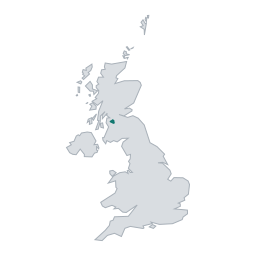 East Renfrewshire on a map of United Kingdom (orthographic projection)
{"feature_id": "GBR-2003", "entity_name": "East Renfrewshire", "entity_type": "Unitary District", "adm_level": 1, "iso_a3": "GBR", "parent_name": "United Kingdom", "parent_adm1": "", "projection": "orthographic", "projection_center": [-4.331, 55.752], "detail": "fine", "context": "in_parent", "style": "filled", "palette": "teal", "viewbox_px": 256, "rotation_deg": 0, "n_neighbors": 0, "source": "natural_earth", "source_scale": "10m", "svg_char_len": 3914}
<svg xmlns="http://www.w3.org/2000/svg" viewBox="0 0 256 256"><path d="M137.2,205.0L126.2,212.5L122.7,212.1L118.4,208.4L113.9,208.9L115.8,207.0L112.0,205.3L105.3,207.7L102.4,206.0L100.7,202.3L115.0,193.1L117.1,188.6L115.9,187.3L115.6,180.8L108.2,183.1L113.5,176.1L119.7,172.7L125.2,171.8L128.1,173.5L127.2,170.7L128.4,170.1L130.3,172.5L132.4,172.4L128.4,168.3L130.0,163.6L128.5,161.4L130.2,158.9L130.5,154.4L126.9,155.5L121.6,146.4L123.1,142.1L128.2,138.2L122.0,138.4L117.2,141.9L113.6,140.6L110.4,142.4L106.8,140.6L105.7,143.8L103.0,140.3L102.6,137.6L104.0,137.6L108.6,126.9L106.1,122.8L106.9,118.0L109.7,117.8L106.7,115.4L107.2,113.2L102.3,118.8L102.3,115.1L105.0,111.6L100.4,116.0L100.3,121.2L98.2,129.1L95.6,129.7L98.9,120.5L97.5,120.3L98.7,111.2L102.9,100.7L97.5,105.3L92.1,101.3L96.7,98.6L95.2,97.5L98.4,93.4L98.8,90.7L96.2,87.6L96.2,85.7L98.7,84.1L96.9,81.6L98.5,77.2L103.5,77.2L100.7,73.3L101.6,69.8L105.2,69.3L104.4,66.8L105.2,63.0L111.6,64.1L126.6,61.5L124.9,68.0L116.5,75.7L116.0,77.9L117.9,78.6L114.9,83.6L124.2,80.8L137.8,80.6L140.2,82.4L141.3,85.3L133.7,103.0L124.5,108.9L129.4,108.1L132.1,109.7L131.9,111.0L124.0,115.9L119.0,114.5L127.7,117.4L132.9,115.7L138.2,118.2L144.2,124.9L150.0,142.7L157.0,146.6L164.6,154.2L163.2,156.3L167.7,164.6L162.7,162.3L158.0,162.8L162.5,163.2L169.9,170.2L171.2,173.8L167.7,179.3L170.8,181.1L174.0,177.6L183.0,177.8L188.1,181.0L189.5,184.5L188.4,194.2L184.1,197.7L184.8,200.2L178.3,203.1L180.2,203.8L180.3,206.3L174.4,208.9L187.4,210.1L187.5,213.8L183.1,217.0L182.2,219.6L172.5,223.7L159.4,224.4L151.0,222.1L152.2,223.6L143.0,225.9L144.0,227.9L143.1,228.5L130.3,226.4L124.9,228.3L121.4,236.5L114.5,233.3L107.4,235.4L102.1,240.6L95.0,239.7L105.2,230.4L109.4,225.4L110.2,221.2L113.1,220.2L114.5,216.8L128.3,216.3L137.2,205.0ZM92.0,156.9L84.3,156.6L84.4,154.4L80.2,149.1L76.1,154.7L72.7,154.3L69.7,152.7L66.5,147.5L71.3,144.8L69.6,142.6L74.0,141.3L76.3,136.0L78.2,134.8L79.6,135.7L81.5,133.0L87.2,132.0L91.3,132.6L96.0,141.0L94.0,144.7L97.6,144.3L98.9,147.7L98.7,148.9L96.5,146.6L96.6,150.1L97.8,150.4L97.1,152.4L94.5,153.1L92.0,156.9ZM92.2,67.0L90.7,70.6L88.2,72.5L89.5,74.0L83.5,79.5L82.1,78.1L84.7,75.9L82.6,74.2L83.4,73.2L82.3,72.2L83.1,69.6L86.3,70.4L85.9,68.1L91.9,64.1L92.2,67.0ZM92.4,84.9L92.4,88.9L97.6,90.8L93.9,94.5L93.4,91.2L90.2,91.1L85.4,86.0L90.1,81.4L92.4,84.9ZM143.0,19.8L145.3,23.7L146.4,23.1L144.4,35.0L144.2,29.3L140.3,26.8L143.2,25.6L141.0,22.3L143.0,19.8ZM96.0,109.2L89.7,110.1L91.9,106.0L89.8,104.3L92.4,102.8L96.2,106.1L96.0,109.2ZM112.9,170.4L116.2,172.7L112.2,176.3L109.9,173.7L109.7,171.0L112.9,170.4ZM91.7,117.7L92.0,123.4L89.4,124.4L89.6,120.8L87.3,122.5L88.3,119.2L91.7,117.7ZM126.4,51.8L126.2,53.8L129.6,54.7L125.2,55.6L123.2,53.5L124.3,50.9L126.4,51.8ZM103.5,128.0L100.9,127.3L100.4,123.4L102.6,122.9L103.5,128.0ZM155.8,226.1L153.4,228.4L149.3,226.9L152.5,224.6L155.8,226.1ZM93.5,120.2L92.3,118.5L96.5,113.9L95.6,116.2L93.5,120.2ZM80.6,80.8L81.8,82.0L80.8,83.9L77.1,82.3L80.6,80.8ZM79.6,92.6L78.2,92.2L78.1,87.0L79.7,87.2L79.6,92.6ZM146.4,21.7L145.1,19.9L145.7,17.4L146.8,18.1L146.4,21.7ZM129.8,49.9L128.9,50.4L126.3,47.1L127.1,46.6L129.8,49.9ZM125.3,58.2L124.1,58.4L122.8,55.8L124.1,55.9L125.3,58.2ZM148.8,15.4L148.5,18.0L147.5,17.8L147.4,15.5L148.8,15.4ZM132.9,48.1L130.5,49.0L133.2,47.5L132.9,48.1ZM90.5,96.1L89.8,96.3L88.8,94.9L90.1,94.3L90.5,96.1ZM128.2,57.4L127.3,58.9L126.7,57.5L128.2,57.4ZM87.5,103.1L85.8,103.7L88.0,102.3L87.5,103.1ZM77.6,95.6L76.6,95.9L76.2,95.4L77.2,94.5L77.6,95.6Z" fill="#d9dde1" stroke="#a8b0b8" stroke-width="1"/><path d="M110.5,121.6L110.5,121.4L110.8,121.2L111.4,121.0L112.1,120.5L112.4,120.3L112.4,120.6L112.5,120.8L112.8,120.9L113.1,120.8L113.4,120.7L113.5,120.6L113.7,120.8L113.7,121.0L113.7,121.3L113.5,121.5L113.6,121.8L113.8,121.9L113.9,122.1L114.0,122.4L114.0,122.7L113.9,123.0L113.6,123.1L113.2,123.0L112.5,122.6L110.6,121.7L110.5,121.6Z" fill="#14b8a6" stroke="#0f766e" stroke-width="1.5"/></svg>